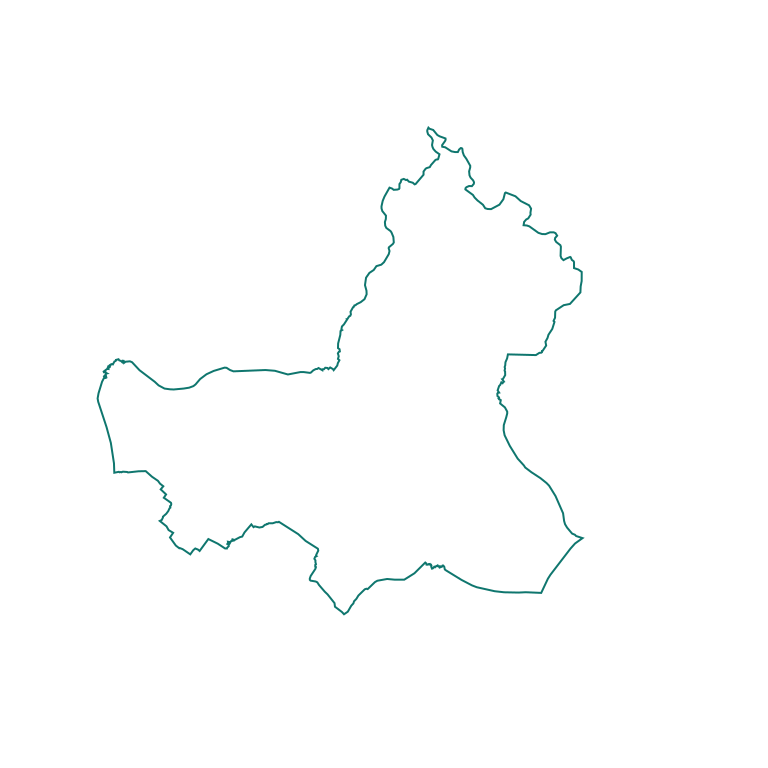 the district of Sangkha, Surin, Thailand, rotated 210°
{"feature_id": "78962969B46327860609250", "entity_name": "Sangkha", "entity_type": "district", "adm_level": 2, "iso_a3": "THA", "parent_name": "Thailand", "parent_adm1": "Surin", "projection": "albers", "projection_center": [103.87, 14.543], "detail": "fine", "context": "isolated", "style": "outline", "palette": "teal", "viewbox_px": 768, "rotation_deg": 210, "n_neighbors": 0, "source": "geoboundaries", "source_scale": "gbopen_adm2", "svg_char_len": 6166}
<svg xmlns="http://www.w3.org/2000/svg" viewBox="0 0 768 768"><g transform="rotate(210 384 384)"><path d="M626.3,272.7L628.1,270.9L627.8,270.6L628.0,269.6L628.7,268.8L628.6,265.4L629.5,265.3L630.2,264.7L630.2,262.8L631.0,262.9L631.0,262.2L631.6,261.6L631.4,261.2L630.5,261.8L630.0,261.4L630.5,260.0L631.4,260.1L631.3,259.4L630.5,259.0L631.3,258.6L633.0,254.6L632.5,254.2L631.4,255.4L630.7,254.7L629.2,254.7L630.2,253.8L629.1,252.3L629.9,252.2L629.9,251.7L628.7,251.8L628.3,251.4L630.2,251.1L630.3,250.6L628.5,249.8L629.5,249.1L629.3,245.0L626.6,233.3L624.8,228.3L622.6,225.7L602.7,207.9L591.1,196.4L578.2,180.3L573.2,172.3L569.7,175.4L568.9,175.3L567.8,176.3L567.2,176.3L566.3,177.5L562.4,179.4L561.5,179.4L552.9,185.7L546.8,189.4L538.6,187.7L531.3,187.1L528.1,185.7L524.0,185.1L524.7,181.1L517.5,179.4L517.8,175.4L509.1,174.6L508.2,173.7L507.8,172.2L508.2,171.2L507.2,170.1L507.6,169.1L507.3,166.1L507.7,162.7L509.1,158.6L508.7,157.9L508.5,155.1L509.7,153.3L501.2,152.0L497.5,149.8L492.2,149.7L492.6,144.1L483.5,140.0L479.2,139.4L479.0,139.8L475.8,140.3L466.6,139.6L466.1,144.7L465.2,147.2L462.3,147.6L460.2,147.2L458.6,161.9L448.1,162.6L439.4,162.1L437.8,163.0L438.0,163.6L437.4,166.0L438.7,167.4L439.7,167.2L439.7,168.9L440.2,169.4L438.8,169.9L437.9,169.2L437.9,171.4L436.3,172.9L437.5,173.2L437.6,173.7L435.4,174.2L432.2,179.3L430.5,181.0L430.6,185.7L428.7,196.1L425.4,194.8L424.7,196.1L420.2,197.4L417.7,199.5L416.7,202.5L415.8,203.3L415.6,204.1L414.7,204.5L414.4,205.6L410.7,207.8L408.3,210.5L406.6,211.3L406.1,212.1L383.2,211.1L373.4,208.9L358.9,208.3L357.6,206.8L357.3,202.4L357.0,201.1L356.4,201.1L357.2,199.7L356.9,197.8L355.2,197.0L354.3,195.4L352.8,193.9L353.1,193.0L352.4,191.7L351.9,191.2L351.7,191.6L351.4,191.4L351.0,189.5L351.5,181.1L351.0,178.4L350.3,177.3L349.3,177.0L344.4,178.8L342.6,178.9L339.7,177.4L331.4,174.5L327.7,173.6L317.3,169.5L315.1,166.6L306.4,165.5L303.5,164.6L301.5,168.7L301.5,175.7L300.8,178.7L301.3,180.8L300.5,184.1L300.4,188.0L298.0,196.6L296.9,197.9L295.6,198.2L292.8,207.9L291.4,210.3L283.8,216.7L276.9,219.9L268.6,224.7L263.0,235.3L259.0,250.0L257.8,249.8L256.9,248.8L255.6,249.5L255.5,250.2L254.3,251.1L253.5,250.5L252.9,251.0L251.9,250.2L251.8,249.4L250.1,248.1L249.5,248.8L249.1,250.9L248.2,250.8L247.7,252.6L247.1,252.7L246.8,253.6L246.3,253.2L244.4,254.1L244.5,253.0L244.1,252.8L242.4,254.9L242.5,256.1L242.0,256.4L240.5,255.9L238.6,253.8L237.2,253.6L218.9,253.1L207.1,253.6L202.0,254.4L184.5,259.9L175.8,263.7L163.1,270.7L157.2,274.5L143.4,281.7L144.7,297.3L144.5,302.0L140.2,334.7L138.8,341.4L135.0,349.8L141.6,348.4L143.3,348.9L146.3,348.5L153.7,351.2L157.1,353.1L159.5,355.4L164.3,361.6L179.4,372.7L190.2,378.5L193.7,379.5L201.5,380.7L212.2,381.3L220.0,382.3L222.1,383.4L230.9,386.2L244.1,393.3L253.9,399.9L257.3,403.8L259.7,408.3L261.5,416.3L262.6,420.2L263.5,421.7L267.6,424.2L273.7,425.2L274.8,428.4L276.6,428.3L276.8,428.8L277.6,428.8L277.7,429.9L279.7,430.3L281.0,432.2L281.0,433.2L280.0,434.1L282.4,435.3L283.3,439.8L282.9,441.4L283.2,444.1L281.7,444.0L281.7,445.4L281.3,446.0L284.0,447.2L283.5,447.7L283.5,452.3L285.4,455.4L286.2,455.8L287.0,458.1L288.0,459.0L288.3,460.7L289.7,463.6L290.2,467.8L291.5,471.6L266.9,485.0L265.0,488.7L263.5,489.7L263.1,490.5L263.7,491.6L263.2,492.1L262.8,498.4L265.3,501.3L265.4,505.6L266.2,508.9L265.8,515.8L267.4,523.0L268.7,523.4L269.0,526.9L271.9,532.3L272.0,533.7L267.8,542.1L263.0,546.3L259.7,561.5L262.5,566.9L264.3,572.0L268.8,579.9L273.0,580.3L277.4,579.4L280.4,584.6L281.3,585.2L283.4,585.4L285.7,587.1L286.3,587.1L288.7,584.0L290.5,581.0L293.3,581.7L295.1,583.2L299.5,591.4L300.7,592.4L305.9,593.1L308.2,594.4L308.8,596.1L308.2,599.0L310.9,600.4L312.9,600.2L316.1,598.3L319.1,594.5L322.1,592.9L325.9,592.1L336.9,593.2L339.5,592.7L342.5,591.3L343.7,594.5L343.1,597.6L341.9,599.5L341.7,604.0L342.8,605.5L344.3,609.4L347.7,611.3L357.0,610.8L364.0,612.3L374.3,610.7L374.7,609.8L373.0,603.7L373.7,597.0L378.7,589.0L381.7,587.4L384.2,586.8L387.9,588.7L394.8,589.7L398.8,590.8L401.5,592.2L410.8,593.2L411.3,594.3L411.0,595.7L409.3,598.0L406.8,599.3L406.3,602.3L406.9,603.7L408.6,604.9L412.2,606.0L414.3,607.5L416.6,610.7L417.6,614.6L418.4,616.1L425.3,620.2L429.1,621.9L431.8,624.2L433.7,626.8L434.6,627.1L435.5,626.7L436.2,624.6L436.0,621.8L438.4,620.4L441.9,619.2L449.3,619.6L452.2,618.6L453.1,619.9L452.6,625.2L452.8,626.4L453.5,627.4L459.7,626.3L462.3,626.3L468.4,628.6L472.2,627.8L473.7,628.2L473.4,625.4L472.7,624.2L470.7,622.3L466.2,621.2L463.5,619.4L461.9,615.0L460.5,613.5L458.7,612.2L455.4,611.1L450.8,610.7L449.6,606.0L449.7,605.4L450.9,604.6L451.5,603.6L452.8,597.2L452.8,594.7L455.2,592.1L455.6,591.1L456.0,587.8L454.4,585.0L456.6,573.0L457.3,572.2L459.7,572.7L463.7,571.7L466.1,572.5L466.9,571.6L469.4,571.5L471.1,569.5L470.4,567.1L470.6,564.9L468.5,561.2L468.5,560.4L469.6,559.1L472.7,557.0L474.8,557.3L477.4,556.8L477.3,546.6L476.7,542.0L475.0,536.6L473.9,534.8L471.9,532.9L466.5,530.8L464.9,527.8L464.2,524.7L462.1,521.7L460.0,520.3L454.8,519.7L453.3,519.0L449.4,516.0L446.3,511.5L446.3,509.8L448.1,504.8L447.9,504.0L445.7,501.9L444.8,498.8L444.9,489.5L446.0,486.0L449.5,482.3L449.9,477.6L452.2,472.9L452.7,467.1L449.9,460.1L445.8,456.0L443.9,453.0L443.3,447.7L445.1,443.2L447.5,439.6L448.1,437.9L448.9,437.3L448.8,435.3L449.2,435.0L449.1,429.8L447.5,427.8L447.3,426.2L448.0,425.2L448.2,422.0L448.6,421.6L448.2,421.4L448.5,415.6L449.2,412.8L448.1,409.7L447.3,409.7L448.1,408.1L446.4,404.7L444.0,396.2L441.8,392.1L439.9,391.9L438.5,390.1L439.2,389.2L439.3,387.5L437.1,385.4L436.4,382.7L434.5,382.3L434.4,379.0L433.7,376.6L434.5,370.8L435.7,371.4L438.9,371.4L439.6,369.1L441.0,369.6L443.0,368.7L443.4,366.8L444.6,366.0L444.2,365.1L448.7,365.1L449.4,363.6L450.6,362.8L452.1,360.4L453.0,357.4L453.7,356.6L459.7,354.1L462.4,352.5L472.0,344.2L485.1,340.9L493.7,336.8L520.7,319.7L524.4,319.1L528.4,319.3L530.2,318.5L538.0,310.2L542.6,303.7L545.7,296.4L547.0,289.4L548.0,286.9L550.9,283.4L555.2,279.9L563.4,274.1L566.7,272.4L571.8,270.3L578.5,270.1L583.7,271.3L602.6,273.7L613.1,276.9L615.4,276.6L618.9,274.1L619.7,272.3L621.0,273.9L621.7,273.6L620.9,272.6L621.2,271.9L623.2,272.4L625.2,272.1L626.3,272.7Z" fill="none" stroke="#0f766e" stroke-width="2"/></g></svg>